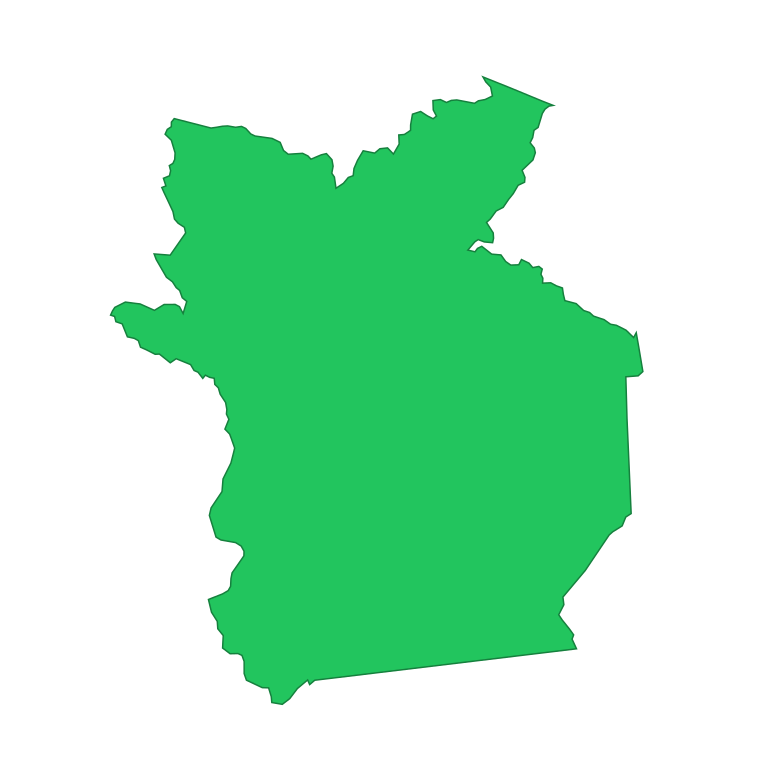 outline of Santo Antônio da Patrulha, Rio Grande do Sul, Brazil, rotated 350°
{"feature_id": "56859067B91421795940540", "entity_name": "Santo Antônio da Patrulha", "entity_type": "district", "adm_level": 2, "iso_a3": "BRA", "parent_name": "Brazil", "parent_adm1": "Rio Grande do Sul", "projection": "orthographic", "projection_center": [-50.578, -29.863], "detail": "fine", "context": "isolated", "style": "filled", "palette": "green", "viewbox_px": 768, "rotation_deg": 350, "n_neighbors": 0, "source": "geoboundaries", "source_scale": "gbopen_adm2", "svg_char_len": 3154}
<svg xmlns="http://www.w3.org/2000/svg" viewBox="0 0 768 768"><g transform="rotate(350 384 384)"><path d="M527.6,678.2L524.9,667.9L527.2,664.0L524.3,657.9L518.5,647.3L516.0,641.6L522.8,632.6L523.2,624.9L549.8,602.6L579.5,571.8L583.5,569.3L593.9,565.1L599.0,557.0L604.9,554.5L617.3,460.3L623.4,418.9L635.7,420.1L641.1,416.7L641.3,391.9L641.3,377.3L637.9,381.6L631.7,373.0L623.0,366.5L617.5,364.5L612.0,358.9L602.1,353.5L598.9,349.3L593.4,346.3L587.2,338.2L576.6,333.3L576.2,326.8L576.4,320.4L570.7,317.2L565.8,313.3L557.7,312.2L558.8,307.4L557.6,303.2L559.8,298.3L556.9,295.1L550.7,295.2L547.8,290.2L541.0,285.3L537.4,290.0L529.5,288.9L525.1,284.5L521.6,277.2L512.6,274.8L504.2,265.4L499.6,266.7L496.6,269.6L489.8,266.7L498.1,259.8L501.8,258.1L507.4,261.5L515.5,263.7L517.2,259.5L517.8,254.2L513.0,242.7L517.3,240.0L524.5,233.1L532.1,230.7L538.7,223.9L544.3,219.0L550.6,211.6L557.5,209.7L558.7,205.0L557.1,197.5L569.6,189.2L573.2,182.5L573.0,177.7L569.8,171.8L573.2,167.2L575.8,160.2L580.3,158.1L586.9,145.1L590.3,141.3L594.7,139.0L599.0,139.0L589.0,132.9L559.9,114.4L534.8,98.8L536.7,104.2L540.6,110.1L540.8,119.2L533.0,121.4L526.1,121.5L521.9,123.3L505.0,116.9L499.5,116.4L494.4,117.6L488.9,113.7L481.4,113.4L480.1,122.7L482.2,129.3L478.4,131.3L473.4,127.6L467.4,122.0L458.9,123.2L455.2,133.5L454.2,138.8L447.4,141.8L441.8,141.3L440.6,150.4L433.2,159.2L428.5,152.1L420.8,151.6L414.9,155.0L404.0,150.7L396.8,159.1L391.9,166.5L389.8,173.5L384.7,174.4L378.9,179.3L370.7,182.9L371.1,171.6L369.2,167.4L371.7,160.6L371.7,154.1L367.3,147.1L362.1,147.4L351.1,149.9L348.7,146.2L343.9,142.7L329.6,141.1L325.6,136.6L323.7,128.0L316.4,122.7L300.1,117.4L296.2,114.6L292.2,108.3L288.4,105.6L282.4,105.4L274.9,102.7L269.6,102.1L263.8,102.1L258.1,101.9L223.5,86.2L220.1,89.2L219.2,93.7L214.8,95.6L211.8,100.0L216.9,107.0L218.4,120.1L216.9,126.5L214.4,130.1L210.5,131.6L210.9,136.9L208.9,141.7L202.5,143.1L203.6,151.1L199.3,151.9L200.6,157.2L202.5,164.1L206.1,177.5L206.3,185.2L209.2,190.0L214.6,195.0L214.9,200.8L195.8,220.0L180.2,216.0L181.3,221.9L188.3,241.1L193.4,246.6L196.1,253.0L199.0,256.4L200.3,264.0L204.1,268.4L198.4,279.7L196.0,272.3L192.2,269.4L181.3,267.5L170.7,271.6L157.7,262.8L153.7,261.6L143.5,258.4L132.2,261.8L129.3,264.9L126.7,268.7L130.4,270.7L130.8,276.1L136.6,279.3L139.5,293.0L146.0,295.7L149.6,298.6L150.6,305.5L155.7,308.9L163.8,315.0L168.0,315.5L177.2,326.0L183.7,323.0L196.9,331.3L199.3,337.7L202.9,340.1L206.5,347.0L209.6,344.3L213.5,347.2L217.8,348.9L217.3,355.0L220.2,359.0L220.9,365.6L224.8,374.7L224.8,381.9L223.6,386.2L225.1,391.8L219.5,400.8L223.3,406.5L224.2,411.4L225.8,421.2L223.8,425.8L219.5,435.3L209.0,449.5L205.8,461.8L192.2,476.0L189.2,483.1L192.0,505.6L196.3,509.3L210.3,514.4L215.2,518.8L217.1,524.4L216.2,528.9L212.0,533.2L201.6,543.6L199.5,549.1L197.8,556.6L194.7,560.4L188.5,562.7L173.7,565.7L174.5,578.8L178.6,588.8L177.8,596.2L182.0,603.8L179.2,616.0L185.6,622.9L193.4,624.1L197.0,626.6L198.1,632.9L196.0,644.9L197.1,651.8L211.4,661.9L217.6,663.2L218.7,672.3L218.2,678.2L228.2,681.8L236.5,677.5L245.8,668.9L257.4,662.2L258.6,667.1L264.4,663.7L527.6,678.2Z" fill="#22c55e" stroke="#15803d" stroke-width="1.5"/></g></svg>